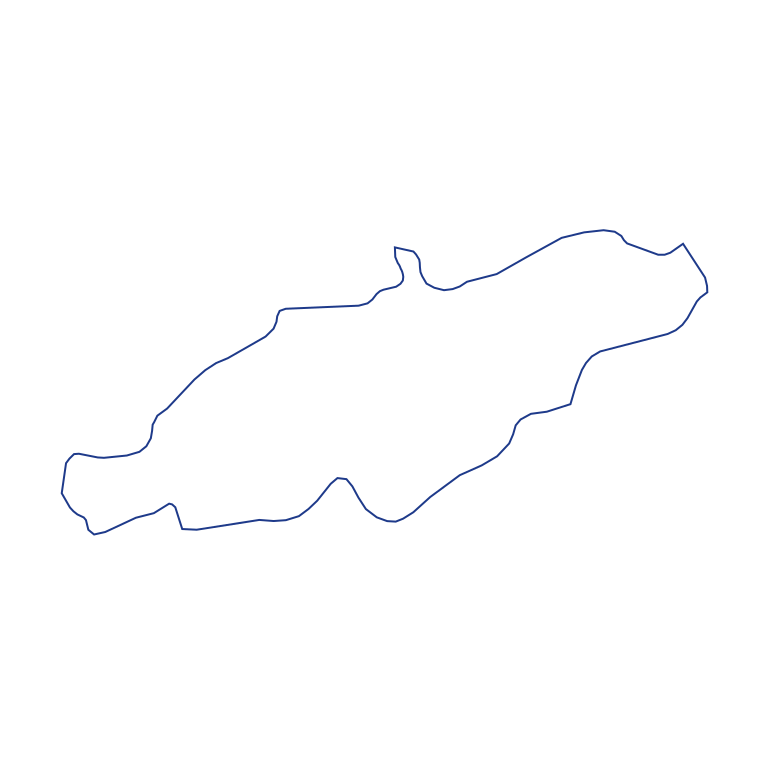 Blida, Robinson projection, rotated 356°
{"feature_id": "DZA-2209", "entity_name": "Blida", "entity_type": "Province", "adm_level": 1, "iso_a3": "DZA", "parent_name": "Algeria", "parent_adm1": "", "projection": "robinson", "projection_center": [2.981, 36.533], "detail": "fine", "context": "isolated", "style": "outline", "palette": "blue", "viewbox_px": 768, "rotation_deg": 356, "n_neighbors": 0, "source": "natural_earth", "source_scale": "10m", "svg_char_len": 1699}
<svg xmlns="http://www.w3.org/2000/svg" viewBox="0 0 768 768"><g transform="rotate(356 384 384)"><path d="M692.1,265.0L711.7,300.2L713.1,308.7L712.9,315.1L705.7,319.7L701.8,323.5L691.3,339.5L685.8,345.8L678.8,350.7L670.4,353.9L601.9,366.6L593.2,371.0L587.0,377.1L582.4,383.8L575.4,398.7L568.6,417.1L544.5,423.0L528.5,424.0L517.8,428.9L512.5,434.4L509.3,443.2L504.7,452.1L491.8,464.0L475.8,472.0L453.3,480.2L422.3,499.9L404.3,514.0L393.6,519.7L386.1,522.1L377.6,521.0L367.5,516.5L357.2,507.5L350.6,495.6L345.3,483.9L339.9,476.3L331.0,474.6L323.9,479.8L309.2,495.8L300.0,503.4L289.9,509.9L276.6,513.0L264.4,513.0L250.1,510.9L187.0,516.3L172.6,514.6L167.2,492.4L164.2,489.3L161.3,488.4L145.4,496.8L127.2,500.1L95.6,512.2L84.3,513.9L78.9,508.8L77.2,499.0L75.2,496.2L69.0,492.7L65.3,489.3L62.1,485.3L54.9,470.5L61.3,440.8L65.0,436.5L69.9,432.3L74.8,432.3L93.3,437.3L99.5,438.1L122.5,437.4L135.3,434.6L142.6,429.5L147.6,421.9L149.4,414.5L150.4,408.4L152.0,406.1L155.7,399.8L165.9,393.4L195.2,366.3L206.7,357.7L218.0,351.4L230.1,347.3L269.2,328.4L277.7,321.1L281.1,314.4L282.2,309.0L285.0,303.8L291.2,302.1L364.2,304.1L373.2,302.4L378.3,298.9L382.8,293.8L386.4,291.1L390.1,289.9L402.9,287.8L407.4,285.2L410.0,282.1L410.7,278.5L410.5,276.0L410.0,273.4L409.4,271.6L408.7,270.1L408.1,268.0L407.4,266.3L406.2,264.3L404.1,258.1L404.4,248.5L422.6,253.9L425.0,257.0L427.8,262.3L428.1,265.6L428.0,270.1L428.2,274.9L429.6,279.1L433.4,286.8L440.9,291.5L450.4,294.6L459.1,294.1L466.4,292.0L473.9,287.8L504.1,282.2L534.6,267.6L571.4,250.6L594.2,246.7L613.8,245.9L624.8,248.2L631.1,252.9L633.4,257.3L636.3,260.7L666.6,274.2L673.1,274.6L678.8,273.0L692.1,265.0Z" fill="none" stroke="#1e3a8a" stroke-width="2"/></g></svg>